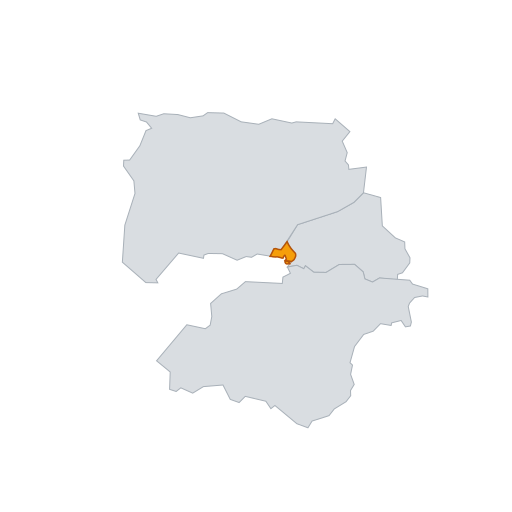 Kuwait and the surrounding countries, rotated 118°
{"feature_id": "KWT", "entity_name": "Kuwait", "entity_type": "country or territory", "adm_level": 0, "iso_a3": "KWT", "parent_name": "Asia", "parent_adm1": "", "projection": "equal_earth", "projection_center": [47.815, 29.315], "detail": "fine", "context": "with_neighbors", "style": "filled", "palette": "amber", "viewbox_px": 512, "rotation_deg": 118, "n_neighbors": 3, "source": "natural_earth", "source_scale": "50m", "svg_char_len": 2963}
<svg xmlns="http://www.w3.org/2000/svg" viewBox="0 0 512 512"><g transform="rotate(118 256 256)"><path d="M149.7,190.8L145.9,173.4L170.1,158.6L174.6,141.5L173.8,131.3L179.7,127.9L185.3,119.2L189.9,117.0L202.1,118.8L205.7,122.3L210.8,120.0L217.4,136.6L224.3,140.9L225.1,149.1L219.7,153.9L217.1,165.0L224.4,178.5L237.6,186.4L243.2,197.3L241.4,207.8L244.8,207.8L245.0,215.5L251.0,223.1L237.2,221.2L229.1,235.2L208.8,234.0L178.5,204.8L162.6,194.7L149.7,190.8Z" fill="#d9dde1" stroke="#a8b0b8" stroke-width="1"/><path d="M251.0,223.1L245.0,215.5L244.8,207.8L241.4,207.8L243.2,197.3L237.6,186.4L224.4,178.5L217.1,165.0L219.7,153.9L225.1,149.1L224.3,140.9L217.4,136.6L205.2,108.9L207.3,104.6L204.3,88.9L211.5,85.0L213.1,90.2L218.2,96.5L225.4,98.3L229.1,97.9L241.4,87.8L245.3,86.8L248.4,90.8L244.8,97.6L251.3,104.8L253.9,104.1L257.3,114.3L267.3,117.2L274.7,124.1L289.7,126.5L306.1,122.9L307.0,119.6L316.1,116.9L323.3,109.0L330.4,109.4L334.9,106.8L342.4,108.1L354.3,115.1L362.7,116.6L375.4,129.0L383.3,129.5L384.9,141.2L379.1,169.1L383.8,171.2L379.6,179.1L385.0,199.6L393.3,202.1L394.7,211.4L385.4,224.6L396.0,241.1L406.8,247.5L407.7,260.5L413.1,262.9L414.3,269.7L398.7,277.3L395.2,294.6L349.2,284.8L344.0,266.6L338.6,264.0L330.2,266.6L319.2,273.8L305.6,268.8L294.3,257.5L283.6,253.3L267.9,219.9L262.0,222.3L255.1,217.5L251.0,223.1Z" fill="#d9dde1" stroke="#a8b0b8" stroke-width="1"/><path d="M102.1,231.5L114.1,233.8L121.9,224.0L130.3,222.0L132.2,217.1L135.9,214.7L125.6,200.2L149.7,190.8L162.6,194.7L178.5,204.8L208.8,234.0L238.9,236.6L241.6,243.6L249.4,243.2L253.7,255.9L259.2,259.3L261.1,264.4L268.6,270.7L269.7,286.7L276.2,299.4L279.6,302.4L282.7,301.3L289.7,325.7L323.6,333.3L325.8,330.1L331.2,340.8L324.2,371.1L290.3,386.3L257.6,392.2L247.0,399.1L238.8,415.2L233.5,417.7L230.6,412.6L213.1,410.3L196.9,412.0L192.2,408.1L189.1,415.6L190.2,422.1L185.2,427.0L179.5,409.7L173.7,404.2L167.8,391.4L164.8,378.9L157.1,368.5L152.1,366.0L144.9,351.5L144.5,332.1L138.4,315.4L127.4,306.4L121.8,286.8L118.7,283.5L103.2,250.4L97.7,250.5L102.1,231.5Z" fill="#d9dde1" stroke="#a8b0b8" stroke-width="1"/><path d="M249.7,243.4L247.8,243.4L245.4,243.4L243.4,243.5L241.2,243.5L240.2,242.1L239.9,240.6L239.6,239.0L238.6,236.8L235.4,236.3L233.7,236.0L230.8,235.6L228.7,235.3L230.5,232.9L231.3,231.6L232.8,228.8L233.6,226.8L234.4,224.6L235.0,222.9L235.1,222.6L235.5,222.1L236.3,221.5L237.5,220.9L239.5,220.7L240.9,220.7L241.2,220.7L242.1,221.0L244.6,222.3L244.5,222.9L244.9,224.5L245.6,226.2L246.3,227.6L246.4,228.3L245.8,228.2L245.3,227.9L244.5,227.7L242.8,229.5L241.8,230.6L241.8,230.9L243.1,231.3L244.1,231.3L244.8,231.0L245.4,231.5L245.8,232.6L245.9,233.6L246.8,237.0L247.6,238.1L248.5,240.1L248.9,241.2L249.1,242.1L249.7,243.4ZM247.8,227.5L247.2,227.9L246.8,227.7L246.4,226.9L245.7,225.0L246.1,224.3L246.0,224.0L246.1,223.7L246.3,223.6L246.5,222.7L246.8,222.4L247.3,223.0L248.6,225.2L248.6,226.2L248.5,226.5L247.8,227.5Z" fill="#f59e0b" stroke="#b45309" stroke-width="1.5"/></g></svg>